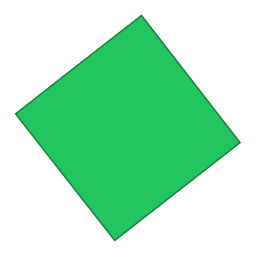 Thayer, Nebraska, United States of America (orthographic projection), rotated 142°
{"feature_id": "52423323B135061337198", "entity_name": "Thayer", "entity_type": "district", "adm_level": 2, "iso_a3": "USA", "parent_name": "United States of America", "parent_adm1": "Nebraska", "projection": "orthographic", "projection_center": [-97.601, 40.176], "detail": "fine", "context": "isolated", "style": "filled", "palette": "green", "viewbox_px": 256, "rotation_deg": 142, "n_neighbors": 0, "source": "geoboundaries", "source_scale": "gbopen_adm2", "svg_char_len": 376}
<svg xmlns="http://www.w3.org/2000/svg" viewBox="0 0 256 256"><g transform="rotate(142 128 128)"><path d="M48.7,47.5L48.1,208.3L48.8,208.4L63.7,208.3L66.0,208.4L66.5,208.4L67.1,208.4L156.3,208.5L157.7,208.5L158.1,208.5L174.7,208.4L181.3,208.4L188.1,208.3L190.7,208.4L191.5,208.4L207.9,208.3L207.7,47.6L48.7,47.5Z" fill="#22c55e" stroke="#15803d" stroke-width="1.5"/></g></svg>